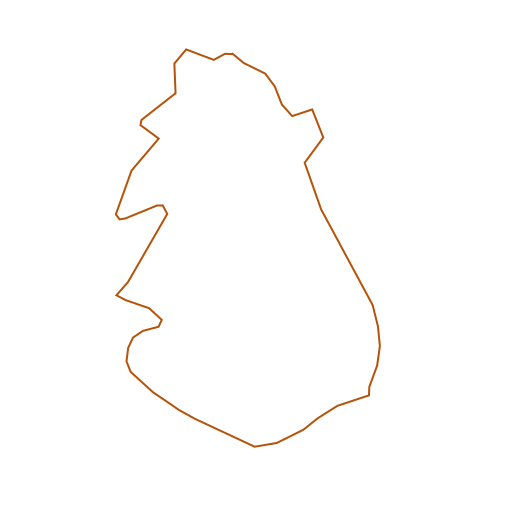 North Somerset, Mercator projection, rotated 115°
{"feature_id": "GBR-2045", "entity_name": "North Somerset", "entity_type": "Unitary Authority", "adm_level": 1, "iso_a3": "GBR", "parent_name": "United Kingdom", "parent_adm1": "", "projection": "mercator", "projection_center": [-2.807, 51.391], "detail": "fine", "context": "isolated", "style": "outline", "palette": "amber", "viewbox_px": 512, "rotation_deg": 115, "n_neighbors": 0, "source": "natural_earth", "source_scale": "10m", "svg_char_len": 836}
<svg xmlns="http://www.w3.org/2000/svg" viewBox="0 0 512 512"><g transform="rotate(115 256 256)"><path d="M82.6,362.7L86.3,348.6L86.8,324.7L94.4,310.6L107.8,296.6L113.9,282.3L99.4,267.0L120.2,245.1L150.9,251.3L186.2,216.7L251.2,129.5L268.3,115.7L285.2,105.7L304.1,99.9L326.7,98.0L334.6,94.7L341.2,101.8L357.5,119.0L376.8,131.4L393.4,139.6L416.6,158.1L429.4,176.6L429.4,197.2L429.4,215.7L429.4,242.5L428.1,261.0L426.5,270.2L423.0,291.9L414.0,320.6L406.3,328.8L393.4,333.0L381.9,333.0L371.6,326.8L361.3,314.4L353.7,314.4L348.5,330.9L351.1,355.5L350.6,365.9L333.7,361.0L255.4,354.2L249.6,361.9L252.0,367.0L277.3,390.4L280.4,395.1L277.5,400.6L231.2,404.9L190.7,393.8L186.2,416.0L181.1,417.3L142.5,397.7L116.1,411.3L98.3,406.6L96.1,377.2L86.3,369.9L85.7,369.3L83.5,363.8L82.6,362.7Z" fill="none" stroke="#b45309" stroke-width="2"/></g></svg>